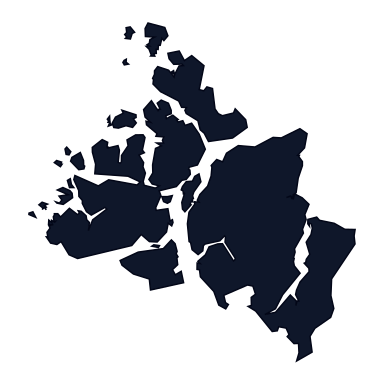 Tromsø nor, Troms, Norway
{"feature_id": "86288312B12055584821312", "entity_name": "Tromsø nor", "entity_type": "district", "adm_level": 2, "iso_a3": "NOR", "parent_name": "Norway", "parent_adm1": "Troms", "projection": "orthographic", "projection_center": [18.78, 69.672], "detail": "fine", "context": "isolated", "style": "filled", "palette": "ink", "viewbox_px": 384, "rotation_deg": 0, "n_neighbors": 0, "source": "geoboundaries", "source_scale": "gbopen_adm2", "svg_char_len": 5976}
<svg xmlns="http://www.w3.org/2000/svg" viewBox="0 0 384 384"><path d="M355.1,229.5L344.8,229.3L334.2,223.3L319.5,220.3L316.7,217.1L307.9,219.4L307.8,223.8L309.5,226.2L309.2,223.2L311.4,223.9L312.3,228.1L311.0,234.6L306.2,242.2L309.8,254.3L306.3,259.3L305.5,263.6L304.8,262.9L304.2,263.2L308.9,268.3L309.1,271.7L300.1,282.0L296.5,290.2L295.6,294.6L298.8,301.0L297.0,301.0L295.9,305.7L296.4,301.2L290.3,295.0L275.5,312.3L264.8,314.5L275.4,308.8L282.6,294.8L300.1,273.2L294.3,265.8L293.5,261.6L294.2,258.4L293.4,258.1L295.1,252.1L294.5,248.8L303.4,233.1L302.5,229.3L306.1,219.6L304.8,214.6L309.0,204.3L302.2,197.8L294.6,193.9L293.4,198.8L291.7,198.5L290.7,196.2L286.4,197.5L290.6,195.9L293.3,197.8L293.1,194.9L296.1,192.7L298.2,178.1L302.4,165.7L302.4,161.6L298.8,156.6L299.4,155.4L297.6,155.3L304.5,147.9L307.1,133.7L299.9,128.7L281.3,137.9L273.1,137.4L255.0,147.0L238.3,145.6L226.5,153.2L222.6,161.8L216.7,159.5L211.2,165.5L211.9,167.4L211.1,176.1L207.6,186.2L199.9,194.5L197.3,200.2L199.0,202.2L194.6,201.8L194.7,204.2L189.0,212.2L187.4,223.8L189.1,241.6L190.6,242.5L192.1,249.7L198.1,254.6L202.8,250.8L203.4,245.6L205.2,244.0L219.8,240.8L224.6,235.8L225.5,237.0L225.0,242.2L235.3,258.3L234.7,260.1L233.5,260.9L222.5,243.7L217.8,243.9L209.1,246.8L205.4,254.8L197.9,261.3L200.1,263.5L197.1,263.0L197.0,269.4L199.5,269.8L200.4,276.8L213.8,291.4L218.8,305.1L225.7,308.9L228.4,304.5L225.5,302.6L223.8,295.3L247.5,285.0L252.9,286.1L255.5,294.2L251.2,297.4L251.4,305.4L248.1,306.4L255.7,311.1L272.2,331.5L277.3,330.8L278.7,326.7L286.1,328.1L289.0,334.5L287.2,336.6L294.0,343.6L298.5,343.4L299.0,352.8L296.6,361.0L312.1,352.1L310.0,336.4L314.9,328.3L330.7,317.3L333.8,308.5L330.9,295.6L331.6,278.9L355.0,244.0L354.1,236.0L355.1,229.5ZM161.2,100.1L157.2,103.2L160.3,109.3L158.1,109.4L158.5,111.4L151.4,100.7L143.6,109.6L145.1,117.1L150.6,122.3L146.0,121.2L146.5,124.8L157.0,133.6L155.9,136.3L163.8,136.9L162.4,140.4L163.6,143.0L156.6,143.0L161.3,145.9L155.5,148.4L152.6,164.9L152.8,172.9L148.9,179.4L152.2,184.0L159.4,185.9L155.3,188.1L144.2,185.3L143.2,181.4L145.4,173.1L143.0,166.8L143.6,162.6L139.0,155.0L144.4,152.7L142.4,150.1L145.0,137.5L143.1,134.8L135.6,134.9L127.0,139.9L128.1,145.7L121.5,155.5L121.4,161.9L120.2,163.3L118.2,162.3L119.4,150.3L118.0,145.6L107.1,148.2L108.3,147.6L106.6,148.0L108.1,147.1L107.0,146.6L107.7,142.3L102.2,139.6L92.3,147.4L92.4,152.2L95.6,164.2L94.8,173.8L128.0,176.2L140.2,181.9L137.1,185.0L108.7,179.8L98.3,185.9L74.9,175.5L73.8,179.6L78.7,190.5L78.9,196.4L82.4,200.5L82.3,203.4L86.5,211.7L91.3,215.1L105.0,207.4L106.8,209.1L92.7,219.8L88.4,230.7L89.4,222.5L86.7,219.7L86.1,215.8L81.2,211.3L78.2,210.8L79.5,213.3L77.4,214.5L69.4,208.3L60.6,217.0L57.8,213.7L53.7,213.7L54.9,214.1L53.3,216.8L54.1,221.6L55.5,221.3L54.7,222.2L51.7,220.4L51.9,222.6L48.8,220.1L48.5,224.6L53.4,224.5L49.0,225.9L50.1,228.1L47.0,232.3L48.1,238.4L47.9,238.8L46.6,236.8L46.3,236.8L50.6,243.1L56.9,244.5L61.1,241.6L69.1,254.8L77.6,258.5L131.8,245.5L141.2,234.5L149.4,241.6L157.2,242.0L166.5,232.0L168.2,223.2L171.7,225.9L173.0,222.5L172.4,219.7L170.1,221.0L167.9,208.7L156.2,210.4L155.7,207.7L160.9,195.6L159.1,190.8L176.3,186.6L181.9,180.3L186.2,179.4L190.3,174.3L189.9,170.1L188.6,169.4L189.2,167.2L197.4,165.0L205.3,149.2L199.2,134.2L191.6,123.2L185.1,125.4L182.8,120.7L178.1,122.0L176.7,120.3L178.2,119.5L172.8,115.2L166.4,118.7L165.9,115.7L171.2,113.7L171.2,110.3L168.4,103.2L161.2,100.1ZM167.9,53.3L169.1,58.8L173.7,64.3L182.0,64.1L183.4,65.6L179.1,65.9L174.6,74.6L173.6,70.6L171.5,72.0L174.6,74.7L174.1,77.1L168.6,70.2L157.7,66.6L154.5,70.8L154.5,74.3L152.6,78.4L153.5,79.6L153.0,84.0L160.6,91.7L178.7,101.0L181.6,107.3L186.5,107.6L184.9,110.3L186.2,113.5L197.9,120.7L200.2,129.8L204.2,133.2L208.5,141.5L232.6,138.0L247.2,127.4L245.7,119.7L235.2,108.8L233.5,113.0L222.4,115.7L218.3,113.7L215.0,108.9L212.5,88.5L206.9,86.9L203.8,90.8L199.2,89.6L204.0,65.7L191.7,55.6L184.4,60.6L179.2,51.0L167.9,53.3ZM183.6,282.7L181.2,271.3L175.3,274.8L172.5,269.6L177.7,264.7L176.9,258.0L178.0,256.8L176.2,253.8L177.1,251.4L175.1,243.7L171.4,239.9L163.3,248.6L138.2,252.1L120.1,260.5L122.0,265.2L133.4,274.0L149.3,279.0L150.5,290.0L183.6,282.7ZM148.0,23.0L145.1,28.5L145.4,36.5L154.7,37.1L149.9,39.6L149.3,43.3L147.1,44.7L149.4,46.0L146.1,46.3L149.0,49.1L151.3,55.1L150.6,56.0L154.8,56.1L153.7,53.8L156.3,53.4L156.1,49.3L158.1,49.5L158.4,45.3L160.2,45.3L161.9,38.2L163.9,40.6L167.9,35.8L164.8,27.5L148.0,23.0ZM199.0,173.9L194.7,176.4L192.4,181.2L186.3,181.6L182.5,186.5L181.2,189.9L183.1,191.0L183.4,194.6L183.9,192.8L184.6,193.3L181.8,202.4L182.5,209.1L184.9,211.8L191.1,204.8L190.1,204.3L191.3,201.4L192.8,201.9L192.2,199.2L193.4,198.6L192.6,195.7L193.9,191.8L200.9,181.8L199.0,173.9ZM136.0,114.8L121.9,110.2L123.3,113.2L115.5,117.1L112.3,123.0L113.8,127.5L118.4,128.1L126.0,125.7L132.6,127.4L136.3,122.9L133.3,118.8L136.1,117.5L136.0,114.8ZM62.9,187.5L57.3,190.0L68.1,194.7L59.0,196.1L61.9,200.0L59.4,203.1L55.8,201.9L56.9,203.1L63.2,204.4L72.6,197.7L72.1,193.2L70.0,190.7L62.9,187.5ZM80.3,152.5L71.9,157.4L70.6,161.2L78.8,169.7L83.9,168.9L84.7,166.1L83.7,165.4L83.5,160.4L80.3,152.5ZM130.2,26.9L126.1,27.7L126.7,32.5L124.7,34.5L126.7,37.1L125.4,38.4L130.4,39.0L132.2,33.4L134.6,32.3L130.2,26.9ZM172.3,195.6L167.5,196.6L161.8,196.6L163.6,201.6L167.4,203.3L170.2,201.7L172.3,195.6ZM70.3,178.7L67.4,180.4L69.5,187.6L73.8,187.6L71.4,184.4L70.3,178.7ZM61.6,162.1L56.6,160.5L54.3,162.6L60.4,166.7L62.1,164.2L60.7,164.1L61.6,162.1ZM42.1,202.2L38.9,204.8L43.0,208.1L42.2,209.5L44.3,207.4L46.2,209.8L45.3,207.8L46.3,207.2L44.4,205.5L47.5,204.1L42.1,202.2ZM66.7,147.1L65.0,149.0L66.1,154.4L69.0,154.9L70.8,151.7L66.7,147.1ZM159.5,245.6L153.8,244.8L151.8,246.2L158.4,247.5L159.5,245.6ZM32.9,211.8L29.0,213.1L28.9,214.5L35.8,217.4L32.9,211.8ZM109.6,116.2L107.3,119.2L108.6,121.0L108.0,122.3L109.9,122.4L108.3,126.1L111.5,125.0L110.0,122.8L109.6,116.2ZM126.3,59.2L124.1,60.4L122.9,62.4L124.3,64.9L128.5,64.1L126.1,62.2L126.3,59.2Z" fill="#0f172a" stroke="#020617" stroke-width="1.5"/></svg>